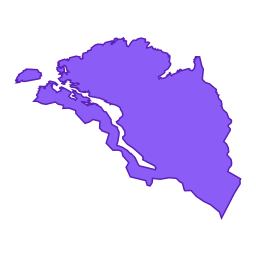 Ballangen nor, Nordland, Norway
{"feature_id": "86288312B95710758455481", "entity_name": "Ballangen nor", "entity_type": "district", "adm_level": 2, "iso_a3": "NOR", "parent_name": "Norway", "parent_adm1": "Nordland", "projection": "orthographic", "projection_center": [16.618, 68.237], "detail": "fine", "context": "isolated", "style": "filled", "palette": "violet", "viewbox_px": 256, "rotation_deg": 0, "n_neighbors": 0, "source": "geoboundaries", "source_scale": "gbopen_adm2", "svg_char_len": 5521}
<svg xmlns="http://www.w3.org/2000/svg" viewBox="0 0 256 256"><path d="M199.6,56.8L195.6,56.7L195.4,57.3L196.2,57.1L196.3,58.1L194.0,59.6L194.7,61.2L193.9,61.7L194.1,62.3L195.2,64.6L194.2,68.6L192.4,70.6L190.0,70.3L189.7,68.9L188.3,68.7L180.9,70.9L180.7,70.5L181.0,69.6L180.1,69.4L178.9,70.8L179.1,71.8L178.5,72.0L177.8,70.6L177.1,71.4L177.4,72.1L177.1,72.8L173.1,74.3L171.7,75.7L170.4,74.7L170.6,74.1L169.5,74.3L170.3,73.4L169.9,72.6L169.4,72.9L169.5,73.8L167.2,75.2L167.9,75.6L167.7,75.9L164.8,78.0L161.8,78.5L160.8,77.5L159.2,78.9L158.4,76.9L164.0,73.2L164.7,72.4L164.5,71.0L168.1,68.7L170.6,64.7L170.6,63.3L169.1,61.7L169.5,60.7L169.9,56.8L168.5,56.8L169.5,55.4L167.9,54.8L167.9,53.9L167.3,53.3L162.2,52.0L161.1,50.3L158.0,50.1L157.9,49.3L155.8,49.8L155.2,48.6L154.4,49.3L152.7,48.4L152.8,47.6L151.8,46.4L147.1,48.1L146.7,47.7L147.1,46.0L149.5,42.9L148.6,42.1L145.6,42.4L145.1,41.6L145.6,40.0L145.3,39.1L141.2,38.1L137.4,39.1L136.4,40.3L133.5,40.2L131.4,42.0L128.6,46.6L126.9,46.1L127.1,45.6L126.4,44.6L126.6,43.9L126.1,43.0L126.5,41.2L125.2,40.5L124.1,41.2L123.4,39.8L124.0,39.6L124.1,38.6L123.3,37.9L121.6,39.2L118.2,39.2L116.6,40.2L117.0,38.5L115.9,38.2L114.4,39.0L113.1,42.4L115.8,41.4L111.7,44.4L111.2,44.2L111.3,43.3L112.4,42.0L112.1,40.9L105.3,42.6L102.8,45.2L101.9,44.4L97.7,44.2L95.1,45.1L91.3,48.0L91.3,49.8L87.9,50.8L87.6,52.1L83.1,53.5L82.5,55.8L82.8,56.8L82.3,57.2L83.0,58.3L81.1,59.2L79.7,57.9L79.9,56.9L76.0,56.2L69.8,57.8L68.5,60.6L67.4,60.1L67.7,59.6L67.4,59.1L65.4,59.9L64.6,59.2L59.1,61.2L57.9,62.6L58.2,64.0L59.0,63.4L59.2,64.3L58.3,64.3L57.8,65.7L58.9,65.9L59.2,66.9L62.1,67.4L60.3,68.4L60.1,67.4L59.6,67.2L57.0,67.7L57.4,69.2L57.0,69.5L58.2,71.2L60.9,72.2L59.2,74.1L61.5,74.2L63.0,72.1L64.7,71.3L64.0,71.4L64.4,70.5L63.9,67.1L62.8,66.6L64.1,65.4L65.6,66.0L66.7,68.8L66.7,69.9L68.0,70.9L67.3,71.8L68.4,72.1L66.7,72.6L66.8,74.1L67.4,75.0L64.6,72.2L63.1,72.4L62.2,73.5L62.5,74.7L61.5,76.0L61.9,76.8L58.5,78.7L60.5,81.2L63.2,81.8L61.8,82.3L63.7,82.3L61.9,83.5L62.2,83.7L64.3,84.3L64.8,84.0L64.5,82.9L65.8,82.1L63.8,81.8L68.0,79.6L71.2,80.2L69.9,80.6L70.8,81.0L70.2,82.0L70.5,82.6L72.8,82.9L73.2,83.4L72.7,83.8L73.0,83.9L77.4,83.0L77.9,83.7L78.4,83.5L79.1,83.8L79.1,84.0L77.2,84.0L77.7,84.1L76.3,85.4L70.3,84.9L70.8,86.2L70.5,86.5L71.5,87.2L77.5,87.8L77.8,88.0L76.1,88.2L79.3,90.3L78.8,90.4L79.1,91.1L81.8,92.0L85.3,92.4L85.5,91.9L84.2,91.5L85.1,91.3L87.3,92.2L88.6,90.9L88.8,92.3L89.5,92.7L89.1,93.2L89.5,93.8L88.7,95.2L89.6,96.2L99.9,98.2L106.1,100.8L105.0,101.3L107.0,102.5L109.7,103.0L110.5,103.6L110.0,103.8L110.2,104.6L111.5,103.9L116.3,105.2L119.8,107.3L120.5,108.7L120.4,109.3L122.2,112.1L122.9,115.1L122.1,116.6L120.2,117.7L118.7,120.3L116.4,121.7L117.1,123.4L121.8,126.3L124.7,131.2L125.0,133.1L124.8,135.4L122.9,136.7L122.7,137.9L123.0,139.0L127.0,143.9L133.3,148.1L141.9,155.7L143.0,157.0L142.8,157.5L143.2,158.8L142.7,159.7L154.4,165.7L155.9,167.8L155.3,169.7L139.5,165.9L138.3,164.6L135.0,157.6L130.9,153.4L130.3,153.6L127.3,150.4L122.2,147.2L117.0,145.4L116.8,144.8L117.7,142.0L118.9,135.2L119.1,132.5L118.5,130.8L117.8,129.7L117.2,127.3L111.8,124.4L110.9,120.6L111.1,119.8L106.1,112.0L103.9,111.5L100.9,107.1L96.9,105.1L97.5,104.7L96.0,103.9L93.3,103.2L92.1,103.4L93.9,104.2L88.4,104.5L89.0,104.8L87.7,104.9L87.7,105.6L81.1,101.4L90.6,103.4L88.1,100.9L90.3,100.7L89.2,99.9L89.7,99.6L89.5,98.6L86.0,97.1L84.2,97.5L82.0,96.0L81.1,94.2L78.4,94.0L75.8,92.1L76.0,91.4L75.6,90.9L73.0,90.1L74.2,91.4L73.0,91.4L72.7,92.0L72.9,92.6L74.6,93.5L75.3,95.2L71.9,95.7L74.5,96.4L76.9,98.4L75.5,100.2L74.4,99.0L70.8,98.2L68.7,96.2L70.9,93.7L70.8,93.2L71.2,92.2L64.8,88.5L63.3,88.6L62.6,88.3L63.9,88.1L61.6,87.0L61.0,87.5L62.5,88.2L60.0,87.5L59.7,88.2L61.1,89.6L60.9,90.7L56.5,92.5L56.0,91.2L52.8,88.9L51.8,86.8L52.2,86.1L51.4,85.8L52.4,85.2L51.8,84.1L52.9,83.7L54.9,83.9L56.7,85.4L57.5,84.6L55.3,82.5L50.0,81.1L48.8,81.7L49.1,82.1L48.9,82.2L49.1,83.1L49.8,83.4L47.1,83.9L46.9,84.1L47.3,85.3L44.7,86.5L45.3,87.7L45.0,88.6L43.8,88.0L44.4,87.5L43.8,86.5L39.5,86.4L39.1,86.9L40.3,86.4L40.7,87.2L39.1,88.2L39.8,88.4L39.1,89.7L39.6,90.6L38.1,91.4L38.4,93.1L36.9,94.3L36.7,95.5L37.6,96.1L37.8,97.1L33.8,101.2L37.2,101.3L41.9,103.6L46.1,104.3L55.3,102.0L58.4,104.3L63.0,105.1L63.5,107.1L62.9,108.4L69.1,108.1L75.6,110.5L76.0,113.6L85.1,123.4L89.6,121.8L93.0,119.5L100.0,121.3L99.6,128.1L102.1,130.9L109.1,133.5L106.2,143.2L112.9,150.2L118.5,150.1L121.4,151.2L122.1,152.5L122.8,155.7L128.8,162.7L126.1,167.3L130.3,176.8L145.8,180.6L147.2,185.2L150.1,185.9L152.2,182.4L152.5,178.4L160.1,179.2L169.3,177.7L176.3,178.3L179.8,181.8L182.5,183.2L184.2,189.7L184.8,190.7L191.1,190.5L196.4,196.4L203.9,201.5L210.6,204.7L219.5,212.1L221.5,218.1L234.3,193.3L239.9,184.2L240.2,183.2L239.8,181.1L240.6,178.9L227.9,171.6L228.9,168.4L231.4,165.3L231.6,162.3L231.0,159.4L227.1,154.9L227.5,153.2L228.7,151.9L228.2,147.6L226.5,144.1L223.7,141.4L230.2,130.3L230.3,129.0L228.3,126.4L228.2,125.2L230.7,123.4L231.5,121.7L231.4,120.1L228.7,118.1L226.8,113.0L222.9,109.5L222.0,106.8L221.1,105.7L221.9,105.0L221.3,101.2L218.8,98.6L218.2,96.9L218.8,95.1L216.8,94.0L217.0,92.4L215.8,92.1L216.4,89.6L209.6,83.9L205.1,82.4L202.3,79.3L203.3,69.1L201.8,66.0L199.6,56.8ZM37.2,69.7L26.4,69.1L25.5,69.7L25.7,70.3L23.4,70.7L22.7,72.3L18.8,74.5L19.1,75.1L17.1,77.4L16.9,78.5L15.4,80.9L18.1,79.4L17.0,80.8L17.3,81.1L16.8,81.6L17.6,81.8L16.5,82.7L16.9,82.7L19.6,82.3L22.1,80.3L22.9,81.4L24.9,81.4L39.0,78.8L40.1,78.3L40.1,76.0L41.5,75.7L41.0,74.6L41.2,73.2L38.4,72.0L38.6,71.3L37.2,69.7Z" fill="#8b5cf6" stroke="#5b21b6" stroke-width="1.5"/></svg>